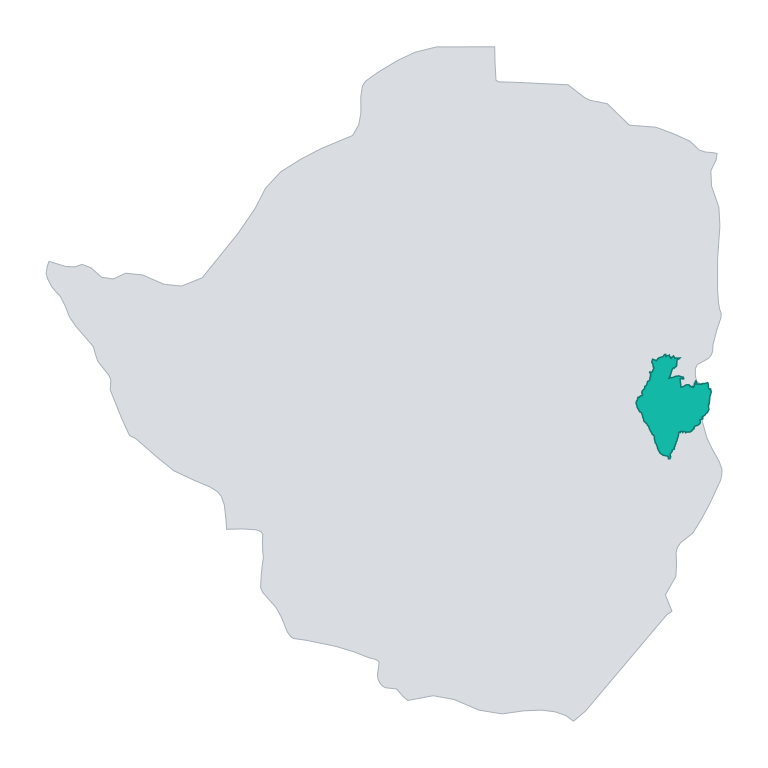 Mutare, Manicaland, Zimbabwe (highlighted)
{"feature_id": "62879985B35185654442710", "entity_name": "Mutare", "entity_type": "district", "adm_level": 2, "iso_a3": "ZWE", "parent_name": "Zimbabwe", "parent_adm1": "Manicaland", "projection": "robinson", "projection_center": [32.311, -19.249], "detail": "fine", "context": "in_parent", "style": "filled", "palette": "teal", "viewbox_px": 768, "rotation_deg": 0, "n_neighbors": 0, "source": "geoboundaries", "source_scale": "gbopen_adm2", "svg_char_len": 7731}
<svg xmlns="http://www.w3.org/2000/svg" viewBox="0 0 768 768"><path d="M573.5,721.2L565.7,715.5L555.0,711.8L541.4,710.1L523.8,710.8L502.1,713.9L478.9,710.1L454.0,699.5L433.3,695.7L408.7,700.3L407.7,700.5L403.4,696.8L396.6,689.0L385.3,687.7L382.3,685.8L379.8,682.9L378.1,679.2L377.4,675.1L379.2,662.3L378.2,660.8L375.2,659.3L369.0,657.8L354.2,651.9L335.5,646.3L305.2,640.1L293.5,638.5L290.7,636.6L287.3,631.9L281.4,617.1L275.9,607.4L262.7,592.4L260.6,587.7L261.2,575.8L262.1,566.2L263.4,558.0L262.7,550.4L262.5,540.9L262.8,534.5L261.1,531.7L256.3,529.8L242.8,528.9L226.6,529.3L226.0,519.6L224.3,504.7L221.2,496.1L217.4,491.6L209.9,486.9L194.6,480.5L173.9,470.8L156.2,456.5L135.8,438.6L129.5,435.5L121.8,418.7L110.2,389.9L110.9,380.3L109.1,375.6L97.9,361.5L95.4,354.2L93.4,346.7L75.6,326.0L69.5,317.0L64.9,305.4L60.2,296.1L56.4,292.4L51.3,286.1L47.7,278.9L46.1,273.5L47.3,266.3L49.0,261.4L65.8,266.5L75.0,266.9L82.1,264.4L91.0,267.8L101.6,277.2L113.2,279.0L125.6,273.2L142.5,274.9L163.7,284.2L181.3,286.1L202.2,277.8L220.7,254.9L238.1,233.3L255.2,208.3L265.5,188.2L280.7,171.8L300.8,159.2L321.3,148.5L352.6,135.5L358.8,124.7L360.9,112.9L360.8,96.6L362.4,86.0L365.6,81.2L370.8,77.4L377.6,72.5L398.2,60.1L415.5,52.1L436.6,46.9L459.8,46.9L482.1,46.8L494.7,46.8L495.0,62.5L496.0,80.2L498.5,81.9L515.2,82.3L542.1,83.6L568.0,84.8L584.6,97.6L590.1,100.3L607.4,103.8L629.4,125.2L655.8,127.2L673.9,133.9L689.9,141.2L699.2,150.0L705.1,152.0L713.2,152.7L717.1,153.5L716.2,159.8L710.9,170.6L711.5,186.0L718.9,207.3L719.9,225.8L717.6,258.6L717.6,290.2L718.4,301.6L719.6,309.1L721.2,313.2L720.9,317.8L716.5,331.1L712.9,345.1L712.8,350.7L711.4,354.7L708.8,358.2L697.3,364.6L695.3,368.6L695.4,375.9L696.8,381.9L701.1,384.2L706.3,387.6L708.4,392.2L708.4,397.0L706.7,405.8L702.1,420.5L706.7,437.4L711.9,448.4L719.0,461.1L721.9,468.9L721.8,474.6L720.7,480.0L710.0,503.2L702.3,517.6L692.9,533.0L680.6,542.7L677.4,547.4L676.1,552.7L676.5,564.2L675.9,576.3L665.4,594.9L671.9,611.0L670.4,612.4L666.9,614.7L651.6,632.7L636.2,651.0L625.0,664.3L612.2,679.4L597.9,696.4L585.7,710.9L573.5,721.2Z" fill="#d9dde1" stroke="#a8b0b8" stroke-width="1"/><path d="M668.5,458.8L669.5,458.6L670.0,458.7L670.5,457.4L670.5,456.8L670.7,456.4L670.5,456.1L670.2,455.9L670.2,455.7L670.1,455.4L670.3,455.2L670.2,454.5L670.3,453.9L670.7,453.4L671.6,452.2L672.1,451.6L672.2,450.4L672.3,450.1L672.5,449.9L674.1,449.2L674.4,448.9L674.4,448.3L674.1,447.9L674.3,447.6L674.4,447.0L674.7,446.4L674.9,446.2L675.1,446.1L674.9,445.6L675.0,445.2L675.1,444.8L675.7,444.2L675.8,444.0L676.0,442.4L676.1,442.2L676.6,441.6L676.8,440.8L677.2,439.9L677.3,438.5L677.5,438.2L677.8,437.9L678.0,436.9L678.1,436.7L678.5,435.1L678.7,432.9L679.0,432.8L679.3,432.4L679.2,432.3L679.7,432.1L680.2,432.1L680.3,432.2L680.4,431.6L680.7,431.6L680.9,431.4L681.3,431.5L682.3,431.4L682.5,431.6L682.5,432.0L682.8,432.0L682.9,432.3L683.1,432.0L683.3,431.9L683.3,431.6L683.6,431.5L683.9,431.6L684.6,431.7L685.0,431.6L685.2,431.9L685.6,432.0L685.7,432.5L685.8,432.4L686.8,432.4L687.6,431.9L688.1,431.9L688.7,432.0L689.1,432.2L689.3,432.0L690.2,431.9L690.5,431.7L691.1,431.4L691.4,431.1L691.8,430.9L691.8,430.7L691.9,430.4L692.1,430.3L692.2,429.8L692.5,429.6L693.0,429.6L693.8,429.0L693.8,428.8L694.0,428.6L693.9,428.4L693.9,428.1L694.1,427.9L693.9,427.5L694.0,427.4L694.3,427.3L694.4,427.2L694.4,426.7L694.5,426.5L695.2,426.0L697.8,425.3L699.8,423.6L700.0,423.2L700.3,422.9L700.3,422.6L700.3,421.9L700.2,421.6L700.2,420.9L700.1,420.6L699.9,420.4L699.9,419.9L702.1,419.0L702.8,418.8L702.4,417.6L702.0,417.1L702.7,416.9L703.2,416.2L705.0,415.1L706.0,413.4L707.2,412.8L708.9,409.5L708.3,406.0L708.7,405.3L708.5,404.2L709.2,403.9L710.0,395.5L710.6,394.5L710.8,393.2L711.4,391.9L710.7,390.2L710.7,389.0L710.0,388.9L709.5,389.3L708.5,387.9L708.2,384.2L708.0,383.2L707.6,382.7L704.6,383.6L704.0,383.4L702.0,383.6L702.0,384.3L699.7,384.3L699.6,384.1L696.9,384.1L696.6,381.8L695.9,380.8L695.5,381.1L695.2,381.9L695.3,384.1L695.2,384.1L694.4,383.6L694.1,385.6L694.2,386.0L694.4,386.4L693.1,387.5L692.6,386.4L692.1,386.7L691.0,386.8L690.6,386.6L690.3,386.3L690.5,386.1L689.8,385.7L689.7,386.0L689.0,384.8L686.2,384.8L683.6,386.5L680.9,387.1L680.5,382.8L680.0,379.0L680.5,378.7L680.9,378.6L681.2,378.6L682.5,379.0L682.8,379.0L683.5,378.9L683.8,378.6L683.1,377.0L680.8,376.8L679.8,376.1L678.4,375.9L678.2,376.0L675.1,376.4L673.5,377.3L671.1,377.7L669.1,378.3L668.8,378.3L669.0,378.0L669.4,377.7L669.5,377.6L669.7,376.7L669.8,376.7L670.2,376.2L670.1,375.5L670.6,374.7L670.9,373.3L671.0,373.2L671.3,371.9L671.5,371.4L671.7,371.1L671.7,370.5L671.9,370.0L672.2,369.6L672.4,369.5L672.5,368.7L673.0,368.2L673.9,367.8L674.1,367.8L674.3,368.1L674.5,367.9L674.6,367.6L675.2,367.2L675.5,366.8L676.0,366.7L676.3,366.1L676.5,365.9L676.7,365.6L676.7,365.2L676.8,364.9L676.4,364.3L676.9,363.3L676.8,362.7L676.8,362.1L676.9,361.7L676.9,361.3L677.0,360.0L679.3,358.6L679.9,358.0L677.9,358.1L675.1,358.0L674.9,358.2L674.0,356.6L673.5,355.9L671.0,358.5L670.8,358.4L670.6,357.9L670.3,357.8L670.3,357.7L670.4,357.4L670.1,357.5L670.0,357.4L669.9,356.9L669.8,356.4L669.6,356.1L669.4,355.7L669.0,355.6L669.1,355.2L668.1,355.7L666.8,355.7L666.0,356.5L665.6,354.4L664.6,354.5L662.9,356.7L659.0,357.8L658.2,358.3L656.4,360.6L652.6,359.2L651.7,362.1L651.8,362.4L652.2,363.0L652.3,363.2L652.5,363.4L652.8,364.1L653.1,364.7L653.0,365.5L653.2,365.9L653.1,366.2L653.5,366.6L653.4,366.9L653.4,367.0L653.7,367.0L653.8,367.2L653.8,367.6L653.7,367.8L653.7,368.0L653.8,368.2L653.8,368.4L653.6,369.0L653.3,369.3L653.1,369.8L652.8,370.3L652.7,370.8L652.7,371.3L652.2,372.0L649.1,372.0L649.3,372.1L649.6,372.4L650.1,373.3L650.3,373.5L650.6,373.4L650.5,373.8L650.7,374.0L650.7,374.3L650.8,374.5L650.5,374.9L650.6,375.2L650.8,375.7L650.8,375.9L650.6,376.0L650.8,376.2L650.8,376.4L650.6,376.4L650.4,376.6L650.3,377.0L649.9,377.6L649.8,378.1L650.0,378.5L650.1,379.4L649.9,379.9L649.8,380.1L649.5,380.1L649.3,380.3L649.0,380.9L648.9,381.0L648.7,381.0L648.3,381.1L648.0,381.3L647.8,381.3L647.6,381.4L647.4,381.9L647.5,382.0L647.4,382.4L647.2,383.2L646.9,383.8L646.9,384.4L646.8,384.6L646.5,385.0L646.3,385.4L645.8,385.8L645.4,386.2L644.9,386.3L644.7,386.5L644.6,387.0L644.8,388.1L644.3,388.9L644.0,389.1L643.7,389.5L642.4,390.7L641.9,391.9L642.0,392.4L641.8,392.7L641.8,392.9L641.8,393.0L642.0,393.1L642.1,393.3L642.2,393.7L642.2,394.0L642.5,394.2L642.6,394.5L642.5,394.8L642.5,395.2L642.2,395.7L641.8,395.5L641.1,395.9L640.7,395.9L640.4,395.9L640.0,396.6L639.7,396.7L639.3,397.4L638.5,397.1L638.2,397.1L638.0,397.4L637.9,397.8L637.7,397.9L637.8,398.5L637.6,398.7L637.6,399.0L637.5,399.6L637.3,400.3L636.4,401.2L636.4,401.5L636.4,401.8L636.2,402.6L636.0,403.0L636.1,403.5L636.4,404.0L636.7,405.3L636.9,405.8L637.1,406.4L637.2,407.3L637.7,408.2L637.8,408.6L638.7,409.5L639.0,410.9L639.5,411.3L639.9,411.9L640.4,412.0L641.1,412.6L641.6,412.9L642.0,414.4L642.0,414.6L642.2,414.9L642.4,415.0L642.5,415.3L642.6,415.9L642.6,416.3L642.8,417.5L642.9,417.8L643.4,418.4L643.5,418.8L643.6,419.6L643.7,420.2L643.9,420.9L644.2,421.3L644.4,421.8L645.6,422.4L646.0,423.2L646.6,423.5L646.9,423.9L647.1,424.2L647.2,424.7L647.4,425.1L648.4,426.1L648.7,426.5L648.7,426.8L649.1,427.6L649.2,428.2L649.8,429.8L650.5,430.9L650.9,431.6L650.9,431.8L651.3,432.1L651.7,432.9L651.8,433.5L652.1,434.1L652.5,434.6L654.0,435.5L654.3,436.6L654.3,437.3L654.4,438.5L654.4,439.0L654.6,439.9L655.0,441.0L655.1,442.6L655.3,442.9L655.8,443.4L656.4,444.2L656.4,444.5L656.8,445.2L656.9,445.8L657.2,446.4L657.4,447.0L657.5,447.9L657.6,448.5L657.9,448.9L658.2,449.8L658.4,450.1L659.6,452.3L660.2,453.3L660.8,453.7L662.0,454.4L662.4,454.7L662.7,454.9L662.9,455.2L663.7,455.4L665.2,455.6L666.3,455.9L667.8,456.3L668.0,456.6L668.3,457.1L668.3,458.0L668.5,458.8Z" fill="#14b8a6" stroke="#0f766e" stroke-width="1.5"/></svg>